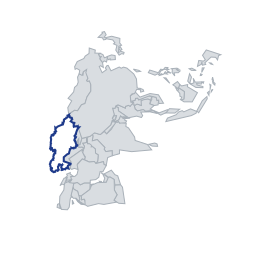 Kazakhstan on a map of Asia (Equal Earth projection), rotated 286°
{"feature_id": "KAZ", "entity_name": "Kazakhstan", "entity_type": "country or territory", "adm_level": 0, "iso_a3": "KAZ", "parent_name": "Asia", "parent_adm1": "", "projection": "equal_earth", "projection_center": [65.802, 47.999], "detail": "fine", "context": "in_parent", "style": "outline", "palette": "blue", "viewbox_px": 256, "rotation_deg": 286, "n_neighbors": 45, "source": "natural_earth", "source_scale": "50m", "svg_char_len": 16551}
<svg xmlns="http://www.w3.org/2000/svg" viewBox="0 0 256 256"><g transform="rotate(286 128 128)"><path d="M77.9,82.7L78.2,75.4L82.2,74.3L87.3,78.3L91.7,77.9L93.5,79.3L94.5,83.0L96.9,84.0L100.9,80.8L100.2,82.3L104.3,83.6L102.3,85.1L100.5,84.9L100.6,83.4L98.5,83.9L97.3,86.3L96.0,86.2L97.1,89.1L96.3,91.2L82.1,79.8L79.7,82.7L77.9,82.7Z" fill="#d9dde1" stroke="#a8b0b8" stroke-width="1"/><path d="M224.6,181.7L224.0,197.0L222.6,195.1L218.1,195.3L220.1,192.8L219.1,188.3L211.8,183.9L210.5,185.2L208.9,182.2L211.9,180.8L209.3,180.8L206.4,177.8L212.4,177.4L213.1,182.1L214.9,183.5L218.4,179.6L224.6,181.7ZM196.0,196.5L194.9,199.4L193.2,199.6L194.3,197.4L196.0,196.5ZM212.4,191.8L212.3,190.0L213.1,188.4L213.4,190.2L212.4,191.8ZM184.1,165.8L183.2,167.9L186.2,173.4L184.1,173.7L181.1,185.0L170.8,182.5L168.6,174.6L169.8,170.8L171.3,173.7L177.1,172.7L178.5,172.2L180.6,165.4L184.1,165.8ZM201.7,183.5L206.2,182.8L206.8,184.6L201.7,183.5ZM199.9,184.5L198.7,184.0L198.3,183.0L200.1,182.9L199.9,184.5ZM201.8,170.4L203.1,172.9L202.1,177.7L200.9,173.2L201.8,170.4ZM189.5,172.5L197.1,172.2L194.4,175.0L188.3,175.0L188.0,176.8L189.6,178.9L193.8,177.0L190.6,180.0L193.3,188.1L191.7,188.0L192.6,186.1L190.4,186.3L189.6,181.7L188.4,182.5L188.5,188.6L187.4,188.9L185.7,182.1L187.6,175.2L189.5,172.5ZM188.6,199.0L185.5,198.0L187.2,197.6L188.6,199.0ZM187.3,196.3L190.9,195.5L192.5,194.6L192.2,195.9L187.3,196.3ZM183.8,194.6L185.9,196.0L181.7,196.8L183.8,194.6ZM163.3,189.4L174.7,191.9L180.0,195.2L177.9,196.1L162.1,191.7L163.3,189.4ZM158.9,177.2L163.6,182.8L162.9,189.3L161.0,189.4L157.4,185.5L144.6,162.6L148.4,163.2L154.0,170.6L157.3,172.2L159.6,175.3L158.9,177.2Z" fill="#d9dde1" stroke="#a8b0b8" stroke-width="1"/><path d="M196.2,197.6L197.8,195.4L200.2,195.3L196.2,197.6Z" fill="#d9dde1" stroke="#a8b0b8" stroke-width="1"/><path d="M44.7,99.4L43.0,102.5L42.4,107.6L41.7,103.9L43.5,99.8L44.7,99.4Z" fill="#d9dde1" stroke="#a8b0b8" stroke-width="1"/><path d="M46.2,97.4L43.6,99.8L46.1,96.6L46.2,97.4Z" fill="#d9dde1" stroke="#a8b0b8" stroke-width="1"/><path d="M44.1,101.3L42.8,103.6L43.5,101.0L44.1,101.3Z" fill="#d9dde1" stroke="#a8b0b8" stroke-width="1"/><path d="M44.1,101.3L49.5,99.2L49.9,101.8L46.2,103.2L47.6,105.4L44.2,108.3L42.4,107.6L44.1,101.3Z" fill="#d9dde1" stroke="#a8b0b8" stroke-width="1"/><path d="M69.2,119.3L73.3,119.5L77.2,116.0L74.8,123.2L69.8,122.1L69.2,119.3Z" fill="#d9dde1" stroke="#a8b0b8" stroke-width="1"/><path d="M68.0,118.1L67.9,116.5L68.9,115.1L69.3,117.1L68.0,118.1Z" fill="#d9dde1" stroke="#a8b0b8" stroke-width="1"/><path d="M62.8,106.4L64.4,109.7L61.4,108.5L62.8,106.4Z" fill="#d9dde1" stroke="#a8b0b8" stroke-width="1"/><path d="M49.9,101.8L49.5,99.2L53.3,97.0L54.2,92.9L56.8,90.7L59.9,91.2L61.7,94.3L60.3,97.9L63.2,101.2L64.8,106.7L58.4,108.3L49.9,101.8Z" fill="#d9dde1" stroke="#a8b0b8" stroke-width="1"/><path d="M75.2,122.7L77.3,117.7L82.9,123.6L79.5,128.3L79.2,131.3L71.3,136.6L69.5,131.2L74.7,128.9L75.9,124.3L75.2,122.7ZM77.6,114.6L76.9,115.2L77.4,114.5L77.6,114.6Z" fill="#d9dde1" stroke="#a8b0b8" stroke-width="1"/><path d="M156.8,146.9L157.2,142.2L162.5,143.0L163.2,141.4L165.3,143.8L165.2,146.6L162.4,148.4L163.3,149.8L158.5,150.5L156.8,146.9Z" fill="#d9dde1" stroke="#a8b0b8" stroke-width="1"/><path d="M161.0,142.1L157.2,142.2L156.8,146.9L152.3,144.1L151.2,153.8L156.5,160.9L154.8,162.1L149.4,155.9L151.6,147.6L148.8,140.1L149.9,137.7L147.0,132.4L148.3,129.5L151.3,127.9L153.5,130.1L153.4,134.6L156.9,132.7L159.7,134.8L161.5,139.1L161.0,142.1Z" fill="#d9dde1" stroke="#a8b0b8" stroke-width="1"/><path d="M164.8,142.2L161.0,142.1L161.5,139.1L158.2,132.9L153.4,134.6L153.5,130.1L151.3,127.9L154.0,126.2L153.6,123.6L156.5,127.1L158.6,127.1L159.4,129.1L158.0,130.6L164.4,138.3L164.8,142.2Z" fill="#d9dde1" stroke="#a8b0b8" stroke-width="1"/><path d="M151.3,127.9L148.3,129.5L147.0,132.4L149.9,137.7L148.8,140.1L151.6,147.6L150.0,152.2L149.6,144.7L146.8,135.9L143.9,138.7L141.8,138.0L141.8,133.0L137.9,125.5L141.8,114.1L145.0,112.9L145.1,110.3L147.5,112.0L146.4,120.0L148.2,119.7L149.9,122.2L149.5,124.1L152.8,124.7L151.3,127.9Z" fill="#d9dde1" stroke="#a8b0b8" stroke-width="1"/><path d="M160.0,150.9L163.3,149.8L162.4,148.4L165.2,146.6L164.9,139.9L158.0,130.6L159.4,129.1L158.6,127.1L156.5,127.1L154.4,123.3L159.5,121.3L164.5,125.3L161.0,131.0L167.2,139.7L168.3,148.1L161.6,155.3L160.0,150.9Z" fill="#d9dde1" stroke="#a8b0b8" stroke-width="1"/><path d="M192.1,80.5L191.7,83.6L189.0,85.9L190.9,88.7L185.5,89.2L185.9,86.6L183.8,85.5L184.7,84.2L186.7,81.7L189.0,82.4L188.4,81.3L190.7,79.3L192.1,80.5Z" fill="#d9dde1" stroke="#a8b0b8" stroke-width="1"/><path d="M188.0,90.0L190.9,88.2L193.7,92.0L194.1,95.6L190.3,97.0L188.5,92.1L189.6,91.8L188.0,90.0Z" fill="#d9dde1" stroke="#a8b0b8" stroke-width="1"/><path d="M124.9,67.2L131.0,64.5L138.6,66.4L140.0,62.2L147.7,65.8L152.3,65.4L155.0,67.2L158.3,67.5L163.0,65.5L166.6,66.1L166.5,70.2L169.7,69.5L172.8,71.4L164.7,75.8L162.1,75.2L161.7,76.4L162.7,77.8L161.0,79.6L153.2,82.1L146.5,80.0L139.6,79.9L137.6,76.9L130.7,74.8L130.3,71.8L124.9,67.2Z" fill="#d9dde1" stroke="#a8b0b8" stroke-width="1"/><path d="M145.1,110.3L145.0,112.9L141.8,114.1L138.4,124.2L137.3,120.7L136.7,122.1L135.7,120.9L137.5,117.6L133.3,117.0L130.9,114.3L130.4,115.9L131.7,117.0L130.4,118.7L131.4,119.3L132.1,125.0L128.9,125.5L128.2,128.5L121.2,136.8L118.0,138.3L117.5,151.2L113.5,156.8L106.3,138.1L104.6,125.8L101.0,126.9L97.0,120.5L101.8,119.0L99.2,113.2L101.0,110.9L102.9,111.1L108.4,101.6L105.8,97.2L110.8,96.5L112.2,94.7L114.1,97.2L114.1,103.2L118.1,106.1L116.6,109.1L122.0,112.3L130.1,114.4L130.9,110.7L131.3,112.9L132.8,113.7L136.6,113.5L135.9,111.4L142.8,107.7L143.3,110.0L145.1,110.3Z" fill="#d9dde1" stroke="#a8b0b8" stroke-width="1"/><path d="M137.3,120.7L138.1,127.3L136.2,122.6L134.7,122.5L134.4,124.7L132.3,124.2L130.4,118.7L131.7,117.0L130.4,115.9L130.9,114.3L133.3,117.0L137.5,117.6L135.7,120.9L136.7,122.1L137.3,120.7Z" fill="#d9dde1" stroke="#a8b0b8" stroke-width="1"/><path d="M135.9,111.4L136.6,113.5L131.3,112.9L133.0,110.2L135.9,111.4Z" fill="#d9dde1" stroke="#a8b0b8" stroke-width="1"/><path d="M129.9,111.2L130.1,114.4L128.7,114.4L116.6,109.1L118.8,105.6L126.1,110.5L129.9,111.2Z" fill="#d9dde1" stroke="#a8b0b8" stroke-width="1"/><path d="M112.2,94.7L110.8,96.5L105.8,97.2L108.4,101.6L102.9,111.1L101.0,110.9L99.2,113.2L101.8,119.0L97.0,120.5L94.0,116.6L85.9,117.4L86.5,114.8L88.9,113.7L85.0,106.9L87.7,108.0L93.9,106.8L94.9,103.7L98.8,102.4L102.6,92.6L107.8,91.3L109.6,93.9L112.2,94.7Z" fill="#d9dde1" stroke="#a8b0b8" stroke-width="1"/><path d="M91.4,91.3L98.4,91.2L100.9,88.5L102.6,92.1L104.8,90.5L107.8,91.3L101.7,93.5L102.3,95.4L101.2,97.9L99.7,97.8L100.3,99.2L98.8,102.4L94.9,103.7L93.9,106.8L87.7,108.0L85.0,106.9L86.5,104.9L84.6,100.1L85.7,94.4L88.6,94.9L91.4,91.3Z" fill="#d9dde1" stroke="#a8b0b8" stroke-width="1"/><path d="M96.3,91.2L97.1,89.1L96.0,86.2L100.6,83.4L101.1,84.9L98.8,86.3L105.3,86.5L107.5,90.7L102.6,92.1L100.9,88.5L98.4,91.2L96.3,91.2Z" fill="#d9dde1" stroke="#a8b0b8" stroke-width="1"/><path d="M100.9,80.8L104.8,80.3L105.8,78.7L115.2,80.6L105.3,86.5L98.8,86.3L98.9,85.1L104.3,83.6L100.2,82.3L100.9,80.8Z" fill="#d9dde1" stroke="#a8b0b8" stroke-width="1"/><path d="M72.7,81.7L75.1,80.7L77.1,82.8L79.7,82.7L82.1,79.8L94.2,89.5L94.2,90.8L93.0,90.2L87.4,95.2L85.7,94.4L85.6,92.6L79.8,89.4L74.3,91.1L74.4,87.5L72.7,85.3L73.2,83.6L76.0,83.4L74.6,81.1L73.1,83.1L72.7,81.7Z" fill="#d9dde1" stroke="#a8b0b8" stroke-width="1"/><path d="M64.8,106.7L63.2,101.2L60.3,97.9L61.7,94.3L59.2,89.5L59.3,86.5L62.3,87.9L65.5,86.2L66.9,90.3L69.4,91.8L74.1,91.6L78.6,89.2L85.6,92.6L84.6,100.1L86.5,104.9L85.0,106.9L88.9,113.7L86.5,114.8L85.9,117.4L79.0,115.9L78.4,113.2L72.6,113.5L69.5,111.2L67.4,106.2L64.8,106.7Z" fill="#d9dde1" stroke="#a8b0b8" stroke-width="1"/><path d="M44.4,100.6L46.2,97.4L45.4,94.9L47.1,91.9L56.1,91.1L54.2,92.9L53.3,97.0L46.1,101.5L44.4,100.6Z" fill="#d9dde1" stroke="#a8b0b8" stroke-width="1"/><path d="M62.9,87.9L58.8,84.8L58.8,83.1L61.8,83.7L62.9,87.9Z" fill="#d9dde1" stroke="#a8b0b8" stroke-width="1"/><path d="M59.9,91.2L47.1,91.9L45.9,94.0L46.1,92.3L43.9,92.0L35.7,93.3L32.7,92.3L31.4,86.5L36.8,82.9L43.6,81.3L50.7,83.4L57.4,82.2L60.4,85.9L59.3,86.5L59.9,91.2ZM32.2,81.7L35.2,81.3L36.4,82.7L31.9,85.0L32.2,81.7Z" fill="#d9dde1" stroke="#a8b0b8" stroke-width="1"/><path d="M120.9,157.8L120.7,160.3L118.5,161.5L117.3,156.2L118.0,152.4L120.9,157.8Z" fill="#d9dde1" stroke="#a8b0b8" stroke-width="1"/><path d="M167.7,133.0L166.0,130.3L169.5,128.7L169.1,131.9L167.7,133.0ZM105.3,86.5L116.0,79.0L114.3,75.5L118.0,74.3L118.7,70.9L121.7,71.5L122.2,68.8L124.9,67.2L130.3,71.8L130.7,74.8L137.6,76.9L139.6,79.9L146.5,80.0L153.2,82.1L159.4,80.3L162.7,77.8L161.7,76.4L162.1,75.2L164.7,75.8L169.6,72.2L172.9,72.1L169.7,69.5L165.9,69.4L166.6,66.1L170.2,65.7L171.1,62.4L169.8,61.0L172.2,59.8L177.9,60.9L182.6,66.4L185.3,67.0L188.9,70.0L194.2,68.7L193.9,75.1L190.9,75.5L192.1,80.5L190.7,79.3L188.4,81.3L189.0,82.4L186.7,81.7L183.8,85.5L179.4,87.6L180.3,84.5L179.2,83.4L174.0,87.9L178.1,91.2L179.5,89.7L182.2,90.6L182.7,91.7L178.3,95.9L184.2,102.8L183.6,105.0L185.3,106.9L185.3,110.4L181.6,118.6L177.5,122.6L169.2,125.7L168.9,128.1L167.9,128.2L167.6,125.7L162.8,124.8L162.0,122.5L159.5,121.3L153.6,123.6L154.0,126.2L149.5,124.1L149.9,122.2L148.2,119.7L146.4,120.0L147.5,112.0L146.0,110.2L143.3,110.0L142.8,107.7L137.2,111.1L133.0,110.2L131.2,112.4L130.9,110.7L126.1,110.5L114.1,103.2L114.1,97.2L109.6,93.9L105.3,86.5Z" fill="#d9dde1" stroke="#a8b0b8" stroke-width="1"/><path d="M186.1,116.9L186.4,122.5L185.9,124.4L184.3,120.8L186.1,116.9Z" fill="#d9dde1" stroke="#a8b0b8" stroke-width="1"/><path d="M63.3,81.6L65.4,83.0L66.7,81.7L69.2,84.8L67.9,85.0L66.5,88.8L65.5,86.2L62.9,87.9L61.7,85.6L61.0,82.8L63.3,83.2L63.3,81.6ZM62.3,87.9L61.3,87.7L60.4,85.9L61.8,86.4L62.3,87.9Z" fill="#d9dde1" stroke="#a8b0b8" stroke-width="1"/><path d="M53.8,78.5L62.0,80.3L63.5,83.0L55.8,82.2L55.9,80.0L53.8,78.5Z" fill="#d9dde1" stroke="#a8b0b8" stroke-width="1"/><path d="M189.1,146.9L187.3,143.9L189.4,144.9L189.1,146.9ZM192.6,154.3L192.2,150.0L193.0,151.4L194.1,149.1L192.6,154.3ZM196.7,152.6L199.0,158.6L198.5,160.8L197.7,158.4L197.0,159.6L197.2,162.4L195.0,161.0L193.8,157.1L190.9,158.6L193.5,155.1L196.9,154.4L196.7,152.6ZM186.6,150.7L182.5,155.8L186.2,148.8L186.6,150.7ZM189.7,132.9L189.5,141.9L193.5,143.2L193.9,146.1L191.7,143.7L187.7,143.0L188.2,141.5L186.2,139.4L186.8,132.3L189.7,132.9ZM190.7,151.0L190.2,147.6L192.4,148.3L190.7,151.0ZM196.5,147.0L197.1,149.6L195.8,149.0L195.6,151.7L194.2,146.0L196.5,147.0Z" fill="#d9dde1" stroke="#a8b0b8" stroke-width="1"/><path d="M152.9,160.3L158.0,162.5L160.3,172.5L155.3,169.0L152.9,160.3ZM184.1,165.8L180.6,165.4L178.5,172.2L171.3,173.7L170.1,172.4L169.8,170.8L172.5,171.2L172.8,169.2L175.6,168.2L177.7,164.9L179.7,165.4L181.9,159.2L186.3,162.8L184.1,165.8Z" fill="#d9dde1" stroke="#a8b0b8" stroke-width="1"/><path d="M179.8,162.7L179.7,165.4L178.5,166.1L177.7,164.9L179.8,162.7Z" fill="#d9dde1" stroke="#a8b0b8" stroke-width="1"/><path d="M211.7,87.0L211.9,95.5L207.4,96.6L205.8,99.0L204.0,96.6L197.8,98.1L199.8,99.7L199.6,103.4L197.8,103.4L197.8,101.5L195.6,99.4L199.5,94.8L204.4,94.6L204.9,90.9L206.3,91.9L208.5,89.0L207.8,82.9L209.3,82.6L211.7,87.0ZM212.2,77.4L212.9,76.6L214.2,78.8L211.6,81.3L208.7,80.0L208.7,82.1L207.0,82.2L206.0,80.2L207.7,78.5L206.9,74.3L212.2,77.4ZM200.3,99.0L202.2,97.1L203.9,98.3L201.7,100.6L200.3,99.0Z" fill="#d9dde1" stroke="#a8b0b8" stroke-width="1"/><path d="M69.5,131.2L71.3,136.6L69.6,139.0L54.4,145.9L53.1,139.9L54.7,134.4L60.8,135.9L64.6,132.0L69.5,131.2Z" fill="#d9dde1" stroke="#a8b0b8" stroke-width="1"/><path d="M42.4,107.9L46.7,106.5L47.6,105.4L46.2,103.2L49.9,101.8L58.4,108.3L62.9,108.7L67.1,113.8L69.8,122.1L75.2,122.7L75.9,124.3L74.7,128.9L64.6,132.0L60.8,135.9L54.7,134.4L53.5,137.3L47.9,125.9L47.2,120.5L41.6,110.8L42.4,107.9Z" fill="#d9dde1" stroke="#a8b0b8" stroke-width="1"/><path d="M43.4,94.3L40.5,96.7L39.5,95.5L43.4,94.3Z" fill="#d9dde1" stroke="#a8b0b8" stroke-width="1"/><path d="M100.9,80.8L100.6,81.0L100.4,81.2L100.1,81.2L99.6,81.7L99.0,82.0L98.6,82.2L98.5,82.3L98.2,82.5L98.0,82.8L97.6,83.2L97.4,83.6L97.3,83.8L97.4,84.0L97.1,84.1L96.7,83.9L96.5,83.7L96.6,83.3L96.3,82.9L96.1,83.0L96.0,82.9L94.6,83.0L94.3,82.3L94.1,81.3L93.4,81.3L93.4,80.7L93.5,79.3L93.1,79.6L92.6,78.7L92.3,78.5L91.7,77.9L91.0,78.2L89.1,78.1L87.3,78.3L86.1,77.0L85.9,76.7L82.2,74.3L78.3,75.4L77.9,82.7L77.3,82.8L77.1,82.7L76.8,82.4L76.3,81.4L75.2,80.6L74.5,80.7L73.6,81.0L73.3,81.2L72.6,81.8L72.6,81.1L72.9,80.5L73.0,80.2L72.9,79.8L72.8,79.7L72.4,79.7L71.9,79.6L71.6,79.1L71.0,79.0L71.1,78.4L70.7,77.8L70.5,77.0L70.3,76.8L69.7,76.7L69.6,76.4L69.7,76.2L69.9,76.1L70.6,76.1L71.0,76.4L71.3,76.3L71.6,76.3L71.4,76.2L70.9,75.8L70.9,75.5L70.9,75.4L71.2,75.2L71.3,74.9L71.5,74.7L72.0,74.6L73.0,74.6L73.8,74.8L74.2,74.7L73.7,74.4L73.8,73.9L74.0,73.5L74.2,73.1L74.2,72.7L74.2,72.4L74.3,72.2L74.2,71.8L74.0,71.6L73.4,71.6L73.1,71.7L72.8,71.9L72.7,71.7L72.3,71.7L72.1,71.5L71.5,71.3L71.1,71.5L70.5,71.8L70.3,71.8L69.5,72.3L68.6,72.5L68.4,72.7L68.4,72.8L67.6,72.4L67.4,72.2L67.5,72.0L68.0,72.1L67.6,70.9L67.1,70.2L66.1,70.0L65.8,70.1L65.7,70.0L65.6,69.7L65.7,69.4L65.6,69.2L65.1,68.9L65.0,68.6L65.2,68.1L65.5,67.8L65.6,67.7L65.8,67.5L65.8,67.4L65.5,67.1L65.5,66.8L65.7,66.5L65.9,66.2L66.3,65.9L66.4,65.5L66.4,65.4L66.7,65.2L66.9,65.2L67.0,65.2L67.8,66.2L68.4,66.1L68.6,65.9L68.4,64.8L68.6,64.8L69.4,64.4L69.6,64.0L69.7,63.9L70.2,63.9L70.9,63.5L71.7,62.8L72.2,62.9L72.3,63.0L72.8,63.2L73.4,62.9L73.7,62.8L73.9,62.9L74.1,63.2L75.3,63.2L75.5,63.4L75.7,63.6L76.1,63.8L76.4,64.0L76.7,64.5L76.8,64.9L77.0,64.8L77.0,64.7L77.0,64.3L76.9,64.2L77.1,64.1L77.4,64.2L78.1,64.7L78.5,64.9L79.1,64.6L79.2,64.4L79.7,64.1L79.9,64.1L80.5,64.0L81.1,64.3L81.4,64.2L81.7,63.9L82.4,64.0L82.7,64.1L83.1,64.7L83.9,64.8L84.0,64.9L84.0,65.0L84.4,64.9L84.7,64.5L84.8,64.4L85.1,64.6L85.3,64.7L85.6,64.7L86.1,64.6L86.5,64.5L86.7,64.3L87.0,63.7L86.7,63.3L86.2,63.2L85.5,62.9L85.4,62.7L84.9,62.5L84.9,62.4L85.4,62.1L85.8,62.0L86.2,61.7L86.0,61.1L86.4,60.6L86.9,60.5L87.7,60.6L87.8,60.5L87.8,60.4L87.7,60.3L87.2,60.1L86.6,60.0L86.5,59.9L86.6,59.7L86.9,59.7L87.1,59.6L86.7,59.5L86.3,59.4L86.5,59.2L86.6,58.8L86.7,58.7L86.8,58.7L87.6,58.9L87.8,58.8L88.4,58.7L88.6,58.6L89.3,58.6L90.3,58.4L90.8,58.2L91.2,58.1L91.5,58.2L91.8,58.1L92.1,58.2L92.3,57.9L92.6,57.7L92.9,57.7L93.2,57.6L93.3,57.6L93.6,57.6L95.7,57.3L95.9,57.1L96.3,57.1L96.4,56.9L96.8,56.7L97.1,56.5L97.4,56.4L98.1,56.4L99.1,56.8L99.4,56.7L99.5,56.6L99.9,56.5L100.1,56.8L100.5,57.7L100.5,58.1L100.4,58.3L100.8,58.5L101.5,58.4L101.8,58.4L101.8,58.2L102.2,58.6L102.3,58.8L102.5,58.8L102.5,58.6L103.0,58.6L103.3,58.8L103.6,58.8L104.0,58.6L104.1,58.9L103.7,59.1L103.6,59.3L103.5,59.5L104.0,59.5L104.3,59.4L104.8,59.5L105.0,59.7L105.2,59.4L105.7,59.1L106.0,59.1L106.2,58.9L106.4,58.8L106.4,58.6L106.5,58.6L106.8,58.6L107.6,58.2L107.9,58.2L108.4,58.0L108.2,58.5L107.9,58.5L108.0,58.7L108.1,58.9L109.8,59.8L110.0,60.0L111.0,61.2L112.6,63.2L113.4,64.5L113.5,64.5L113.5,64.4L114.0,64.2L114.0,63.8L114.4,63.6L114.6,63.6L114.7,63.8L115.0,63.7L115.0,63.8L114.9,64.2L115.4,64.2L115.5,64.4L115.5,64.5L116.2,64.5L116.5,64.6L117.0,64.6L117.4,64.3L117.7,64.3L117.9,64.1L118.2,64.1L118.7,64.3L119.1,64.5L119.5,65.0L119.6,65.4L119.8,65.5L120.2,65.6L120.5,65.8L120.8,65.8L120.8,66.0L121.2,66.6L122.2,66.8L122.3,66.8L122.6,66.8L123.2,66.3L123.3,66.3L123.4,66.5L123.2,66.6L123.4,66.7L123.5,66.9L123.8,67.2L124.2,67.4L124.4,67.6L124.0,67.6L123.6,67.7L123.5,67.9L123.6,68.0L123.6,68.3L123.4,68.7L123.0,68.8L122.2,68.9L122.1,69.3L122.0,69.8L122.2,70.6L122.4,70.9L122.4,71.1L122.1,71.4L121.8,71.5L121.5,71.7L121.2,71.9L121.0,71.6L120.5,71.5L120.0,71.6L119.5,71.5L118.6,71.1L118.5,71.6L118.0,73.1L117.7,74.2L117.8,74.4L118.2,74.6L118.2,74.8L118.1,75.1L117.7,75.0L117.3,75.1L117.0,74.9L116.9,74.8L116.8,74.7L115.6,75.1L115.3,75.1L114.4,75.4L114.2,75.6L114.4,75.8L114.8,75.8L115.1,75.9L115.0,76.1L115.0,76.3L115.0,77.2L115.3,77.6L115.6,78.2L115.7,78.5L115.7,78.8L115.8,79.0L115.6,79.1L115.2,79.2L115.2,79.4L115.5,79.5L115.1,79.7L115.0,79.8L115.0,80.1L115.2,80.8L114.6,80.5L113.9,80.3L113.5,80.0L113.4,79.8L113.0,79.8L112.4,79.6L111.7,79.6L111.3,79.5L110.5,79.5L110.1,79.4L109.4,79.5L108.3,79.4L108.3,79.5L108.0,79.7L107.6,79.6L106.8,79.4L105.8,78.8L105.7,78.9L105.4,78.9L105.3,79.1L104.9,79.3L104.7,80.1L104.8,80.5L104.7,80.5L104.5,80.3L103.8,80.2L103.7,80.0L102.9,79.8L102.1,79.7L101.4,79.8L101.0,80.2L101.0,80.4L100.8,80.6L100.9,80.8ZM69.6,75.7L69.3,75.5L69.4,75.3L69.5,75.2L69.4,75.4L69.4,75.5L69.5,75.6L69.6,75.7ZM73.4,74.6L73.2,74.5L73.3,74.4L73.4,74.6Z" fill="none" stroke="#1e3a8a" stroke-width="2"/></g></svg>